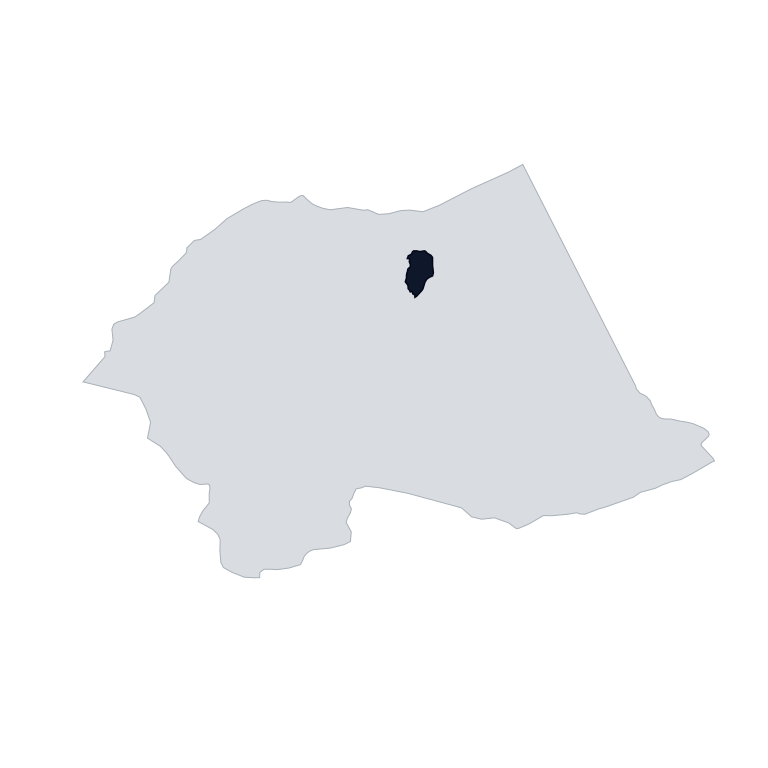 where Jinja sits in Uganda, rotated 243°
{"feature_id": "UGA-3064", "entity_name": "Jinja", "entity_type": "District", "adm_level": 1, "iso_a3": "UGA", "parent_name": "Uganda", "parent_adm1": "", "projection": "natural_earth1", "projection_center": [33.327, 0.494], "detail": "fine", "context": "in_parent", "style": "filled", "palette": "ink", "viewbox_px": 768, "rotation_deg": 243, "n_neighbors": 0, "source": "natural_earth", "source_scale": "10m", "svg_char_len": 2945}
<svg xmlns="http://www.w3.org/2000/svg" viewBox="0 0 768 768"><g transform="rotate(243 384 384)"><path d="M516.6,607.3L507.7,607.3L493.3,607.3L478.9,607.3L464.4,607.3L450.0,607.3L435.6,607.3L421.1,607.3L406.7,607.3L392.3,607.3L377.8,607.3L363.4,607.3L349.0,607.3L334.5,607.3L320.1,607.3L305.7,607.3L291.2,607.3L276.8,607.3L268.3,607.3L266.6,607.0L265.4,606.6L259.9,607.8L254.3,611.9L248.3,613.6L241.9,613.0L241.1,613.4L237.9,613.3L233.2,613.0L229.0,614.1L225.7,617.7L222.4,623.9L216.5,631.0L211.9,637.3L208.0,641.7L199.0,649.1L194.0,651.2L191.6,650.9L190.1,649.5L187.3,640.1L185.5,638.6L168.0,643.5L165.4,643.5L165.6,640.6L164.3,618.5L164.1,605.0L166.4,596.5L167.7,586.7L167.9,578.1L171.1,563.4L169.9,554.7L174.1,523.8L175.2,518.8L176.8,503.9L179.4,499.3L181.7,497.5L184.6,488.4L190.4,473.8L194.4,466.3L193.5,449.9L194.2,438.7L195.1,436.2L203.5,432.1L214.6,421.7L219.2,409.6L225.8,401.8L238.5,396.8L276.2,355.1L293.8,332.6L301.4,321.1L301.7,317.0L303.2,311.6L300.1,307.4L296.5,303.5L295.2,300.0L292.1,298.2L287.6,298.3L284.6,295.7L281.2,290.6L277.8,287.4L267.1,287.7L258.9,282.6L259.0,275.5L262.2,261.6L268.5,245.8L268.8,241.4L268.0,237.6L266.5,234.4L263.6,231.3L261.0,227.5L263.1,216.0L267.0,204.8L270.2,199.3L273.4,193.0L272.5,187.8L267.9,185.3L270.3,180.3L275.3,171.8L284.9,163.3L293.4,157.6L299.0,157.6L310.0,162.1L319.9,167.5L325.4,167.7L332.0,165.5L345.8,156.0L349.1,159.0L353.1,164.8L357.4,174.3L366.1,178.7L370.2,181.7L373.2,182.6L374.8,181.8L378.1,174.3L382.1,170.2L389.4,165.1L405.5,160.9L417.1,159.7L422.0,158.8L430.1,156.4L443.1,148.7L455.8,158.6L469.6,160.5L483.0,160.5L487.1,157.5L489.4,155.1L503.5,138.8L522.5,116.8L535.1,147.9L539.5,149.7L538.9,152.4L537.8,155.0L546.1,162.5L556.3,166.4L559.9,170.3L560.3,174.4L556.8,192.6L557.5,197.8L560.8,216.0L566.8,220.1L572.3,238.5L583.1,246.2L584.7,248.5L587.2,257.4L590.5,267.1L593.2,269.4L594.7,269.9L598.0,280.3L596.1,286.1L598.6,303.7L602.7,319.5L603.8,338.3L603.9,346.6L603.7,351.7L602.8,358.8L600.9,363.0L597.4,367.0L593.5,373.3L590.2,380.1L588.1,383.5L589.7,393.6L589.3,396.3L588.4,397.6L583.5,399.1L577.2,401.8L573.3,404.6L567.9,409.7L563.6,415.3L557.8,431.7L548.2,444.5L546.6,448.7L537.5,456.3L533.5,465.7L531.0,477.2L527.5,485.5L519.8,496.9L518.1,514.8L518.3,550.5L516.3,591.3L516.6,607.3Z" fill="#d9dde1" stroke="#a8b0b8" stroke-width="1"/><path d="M458.0,448.8L459.4,449.5L461.2,450.1L465.4,449.4L468.3,452.2L470.4,453.2L472.4,454.7L473.1,455.4L473.7,456.1L475.5,457.3L476.1,459.0L476.5,460.7L478.8,461.8L481.4,462.0L483.8,463.8L485.2,461.7L487.3,464.0L487.1,466.0L487.5,467.9L488.8,469.2L489.2,470.8L487.7,473.7L485.7,476.0L484.9,478.6L484.2,480.6L483.1,481.4L482.0,481.6L480.9,481.9L477.2,484.3L474.7,484.7L467.2,480.9L465.4,480.3L460.7,478.5L458.2,476.3L458.5,473.0L457.9,469.5L456.1,466.7L451.3,462.1L450.2,460.4L447.4,452.9L447.2,450.9L449.4,451.9L451.1,450.6L453.6,451.1L454.1,449.2L456.1,449.3L458.0,448.8Z" fill="#0f172a" stroke="#020617" stroke-width="1.5"/></g></svg>